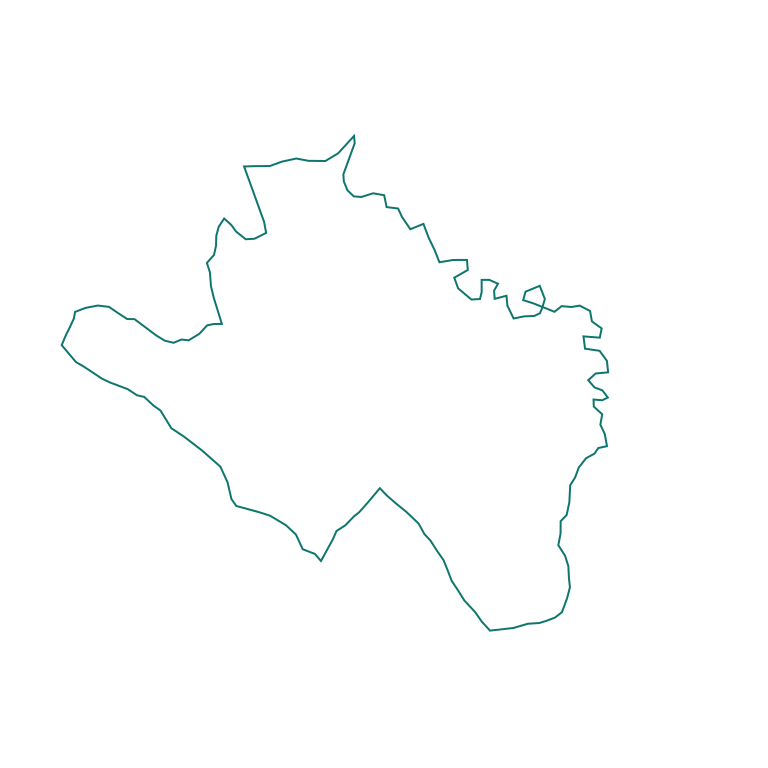 Florestópolis, Paraná, Brazil, rotated 310°
{"feature_id": "56859067B91168213066452", "entity_name": "Florestópolis", "entity_type": "district", "adm_level": 2, "iso_a3": "BRA", "parent_name": "Brazil", "parent_adm1": "Paraná", "projection": "equal_earth", "projection_center": [-51.393, -22.894], "detail": "fine", "context": "isolated", "style": "outline", "palette": "teal", "viewbox_px": 768, "rotation_deg": 310, "n_neighbors": 0, "source": "geoboundaries", "source_scale": "gbopen_adm2", "svg_char_len": 2339}
<svg xmlns="http://www.w3.org/2000/svg" viewBox="0 0 768 768"><g transform="rotate(310 384 384)"><path d="M554.7,201.6L531.4,200.6L517.2,195.8L506.5,182.8L500.3,171.8L488.6,162.8L477.4,156.3L468.3,145.5L460.7,137.0L431.2,187.8L424.0,196.6L412.0,191.4L406.0,185.0L405.7,172.7L407.7,164.7L408.0,155.2L398.2,156.3L389.8,160.2L381.9,166.5L373.6,170.8L362.9,170.5L357.7,178.8L347.6,188.7L340.4,198.5L325.8,221.2L320.5,215.0L315.2,210.8L303.8,210.3L291.9,206.3L287.9,200.3L280.3,196.3L276.3,188.3L274.8,178.4L273.3,151.2L268.7,145.5L267.4,134.8L266.3,123.7L260.1,114.3L250.4,106.4L240.6,101.0L234.9,104.3L224.2,107.2L218.0,108.6L206.6,112.1L202.8,133.9L204.3,142.4L206.8,164.6L209.1,173.4L215.3,190.9L216.6,202.0L220.0,208.7L219.3,221.2L220.0,229.9L213.4,249.5L215.1,264.2L216.1,287.2L215.5,311.8L208.1,327.4L197.8,341.1L195.6,349.2L205.4,370.5L209.8,381.1L212.8,399.8L212.1,413.2L205.2,427.9L209.4,440.3L207.9,449.5L231.9,444.7L240.9,442.1L250.9,445.2L263.6,446.1L269.5,447.4L283.1,447.8L292.4,447.8L301.5,447.8L300.4,458.0L300.2,469.6L300.4,483.5L299.3,500.3L295.0,511.4L293.9,520.4L290.3,531.8L287.3,542.9L282.8,551.4L276.7,562.4L273.4,573.7L269.8,584.8L267.8,600.7L264.9,611.3L263.2,623.7L280.1,639.8L292.8,648.3L300.7,656.6L306.9,660.6L314.9,665.1L323.5,667.0L337.5,662.0L347.8,657.1L354.0,650.6L362.9,642.4L368.8,633.1L372.6,621.1L382.9,615.4L392.5,607.5L401.1,608.1L412.4,602.1L426.2,591.7L435.2,590.5L445.2,586.9L457.1,586.5L466.0,590.0L472.7,589.3L479.7,594.8L487.7,585.1L491.9,575.9L501.1,570.6L501.5,559.3L506.8,554.5L511.8,561.6L517.5,564.2L519.5,555.3L516.7,547.4L518.2,538.0L528.1,539.4L537.0,548.2L545.0,539.9L548.0,527.8L540.3,515.3L548.7,506.2L558.2,519.5L566.5,515.0L565.6,503.0L572.4,494.9L569.8,483.5L563.5,478.1L557.8,470.0L548.9,468.2L544.9,455.9L538.6,458.0L532.8,455.4L525.8,447.8L517.5,441.2L523.3,428.2L530.3,421.1L520.4,414.0L526.3,408.3L534.1,406.9L531.4,397.6L526.5,391.9L517.1,399.8L510.8,402.9L504.9,396.7L504.9,379.4L510.6,369.5L525.2,374.9L532.4,367.8L523.4,357.2L512.9,348.2L519.1,336.8L524.8,324.1L532.0,311.3L519.5,304.7L523.5,290.5L527.5,282.0L521.2,272.3L528.7,262.8L523.1,253.1L512.8,246.5L508.3,240.3L508.9,231.4L513.4,223.0L518.5,218.1L549.6,206.8L554.7,201.6ZM544.9,455.9L552.5,452.6L559.3,440.2L545.7,433.1L537.7,436.7L541.7,446.4L544.9,455.9Z" fill="none" stroke="#0f766e" stroke-width="2"/></g></svg>